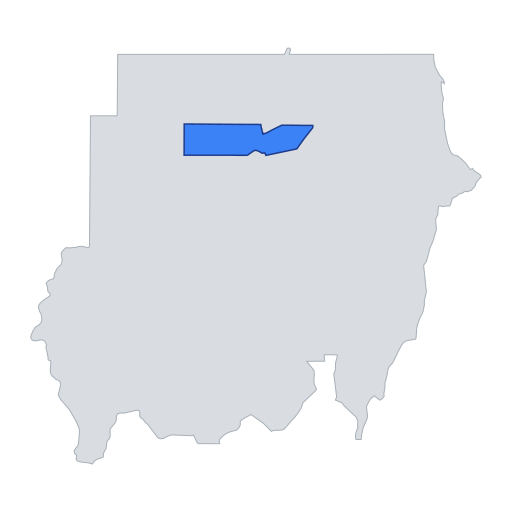 location of Dongola, Northern, Sudan
{"feature_id": "16777658B3318260280309", "entity_name": "Dongola", "entity_type": "district", "adm_level": 2, "iso_a3": "SDN", "parent_name": "Sudan", "parent_adm1": "Northern", "projection": "robinson", "projection_center": [30.297, 19.219], "detail": "fine", "context": "in_parent", "style": "filled", "palette": "blue", "viewbox_px": 512, "rotation_deg": 0, "n_neighbors": 0, "source": "geoboundaries", "source_scale": "gbopen_adm2", "svg_char_len": 4677}
<svg xmlns="http://www.w3.org/2000/svg" viewBox="0 0 512 512"><path d="M361.1,439.5L356.1,439.5L355.6,438.2L355.6,434.5L356.2,431.7L358.0,427.2L357.6,424.8L357.8,421.3L356.5,417.4L344.3,406.1L342.0,402.9L335.4,400.1L336.6,396.9L333.8,373.6L335.2,371.0L335.5,366.9L335.5,363.3L337.0,357.4L337.2,354.9L324.3,354.7L324.2,357.3L324.7,360.1L324.7,361.2L306.8,361.3L314.0,370.4L314.3,374.4L313.9,379.4L314.0,382.6L314.5,384.7L316.4,388.8L316.3,389.5L315.8,390.5L303.1,402.6L301.0,408.3L299.3,411.2L295.6,416.2L284.0,429.2L282.1,430.0L273.3,430.5L272.4,430.8L271.7,431.4L271.3,431.3L263.7,423.6L251.0,414.5L242.6,419.2L240.3,421.0L240.2,425.4L239.0,427.7L236.7,430.1L230.4,431.7L227.2,433.0L223.3,435.5L219.5,439.6L219.3,441.8L219.7,443.7L198.2,443.6L196.8,442.1L193.6,435.2L191.4,435.7L171.8,434.9L169.0,435.6L163.4,438.4L160.6,438.8L157.7,437.6L147.4,424.0L145.2,422.4L142.9,419.2L140.7,417.8L139.9,416.8L139.7,415.3L139.8,412.4L139.1,410.5L137.4,410.1L123.6,413.2L121.6,412.9L118.7,413.4L117.7,414.0L116.5,415.7L116.3,419.4L115.9,421.3L114.8,423.3L110.9,427.9L110.0,429.9L110.2,435.0L109.9,437.5L109.3,438.7L107.6,440.6L106.9,441.8L106.2,448.2L104.1,452.1L103.5,453.5L103.4,456.3L103.1,457.2L96.8,459.4L94.4,460.9L93.0,463.1L92.6,464.0L89.9,463.2L86.5,462.6L80.0,461.9L77.4,460.9L76.1,459.4L76.6,455.5L75.9,454.6L74.9,453.9L74.2,452.2L74.3,450.2L77.8,445.7L78.5,443.3L79.5,431.9L79.2,428.4L76.5,422.1L70.3,411.1L68.8,408.9L61.0,399.9L60.1,398.6L58.2,394.7L60.3,386.4L60.5,384.0L60.0,381.7L58.0,379.9L56.2,379.7L53.9,377.4L52.4,376.4L51.1,374.4L50.2,371.7L50.9,361.8L50.5,360.5L48.5,360.2L48.0,359.4L48.1,357.6L47.0,351.9L45.9,347.3L46.5,344.7L44.9,341.2L41.7,339.7L35.4,340.9L33.5,340.7L32.1,340.0L31.2,338.8L30.7,337.2L31.2,335.0L33.0,330.8L35.2,327.3L39.8,324.2L41.0,322.5L41.7,320.7L41.8,318.5L41.6,316.3L41.1,314.3L39.7,311.5L38.6,308.4L38.5,306.2L39.1,304.7L40.4,302.8L44.9,299.2L49.5,296.2L50.2,295.1L50.0,293.8L47.9,291.3L47.3,286.5L46.1,283.2L48.5,280.6L50.2,279.7L52.9,278.9L53.9,277.9L54.3,275.8L54.2,273.9L55.2,272.5L56.5,269.4L57.5,268.0L61.1,264.4L61.9,262.0L62.1,259.8L61.2,253.0L63.3,250.1L65.9,247.7L69.6,247.9L75.4,247.4L79.3,246.4L82.1,246.4L88.5,247.7L89.1,247.2L89.5,245.4L90.5,115.8L116.8,115.8L117.2,115.6L117.7,54.4L283.2,54.4L284.5,54.2L287.1,48.4L288.2,48.0L289.9,48.3L290.5,49.7L289.2,54.4L433.6,54.3L434.0,61.3L435.2,66.9L439.4,74.9L442.9,79.2L444.2,81.6L444.3,82.7L444.2,83.7L443.1,82.6L441.3,81.8L441.1,85.5L442.0,93.2L443.5,98.6L442.5,103.5L442.8,112.0L444.7,122.1L444.4,128.5L447.6,143.6L450.6,151.9L452.2,154.0L454.0,155.1L457.5,155.8L462.7,160.1L466.8,164.6L468.3,166.9L470.3,169.5L471.6,169.0L472.5,168.3L473.8,170.4L480.3,174.9L481.3,177.0L479.0,179.0L476.3,182.6L475.1,185.8L474.4,186.9L472.3,188.9L471.9,189.9L471.0,190.5L470.0,190.6L467.8,191.7L465.8,191.4L463.8,192.0L463.1,192.7L461.5,193.4L459.3,193.8L456.0,196.6L453.1,197.9L452.1,199.0L450.6,204.5L449.5,206.0L445.2,206.1L443.0,206.6L440.1,206.0L438.7,206.1L438.4,207.2L437.9,212.0L438.0,214.0L435.6,219.4L436.4,229.5L434.1,237.1L433.8,238.8L431.5,244.8L430.3,247.0L427.3,258.2L426.2,261.7L423.6,265.3L426.4,292.2L424.3,300.4L424.4,304.9L423.0,311.6L421.8,314.6L419.8,318.3L418.2,322.5L416.8,327.9L416.0,338.3L415.5,339.2L407.8,340.5L405.3,341.2L403.7,342.4L401.7,345.0L397.8,352.3L395.8,356.7L392.6,362.9L388.8,367.2L388.0,369.3L387.4,373.2L386.0,379.4L384.8,383.8L385.0,387.3L383.9,393.4L384.1,396.4L382.7,398.1L381.0,399.7L379.7,400.1L374.3,395.9L370.6,398.8L368.2,402.8L366.4,406.8L367.5,415.3L367.4,417.1L366.9,419.2L363.3,427.5L362.3,431.3L361.2,437.9L361.1,439.5Z" fill="#d9dde1" stroke="#a8b0b8" stroke-width="1"/><path d="M312.8,125.4L311.9,125.4L310.5,125.4L304.0,125.4L290.2,125.2L289.1,125.2L281.8,125.2L275.6,128.2L271.6,130.2L266.6,132.9L266.2,133.0L265.6,133.3L265.0,133.4L264.9,133.4L264.7,133.5L264.2,133.7L263.9,133.8L263.7,133.9L263.6,133.7L263.2,134.0L262.8,134.1L262.7,133.8L262.7,133.4L262.6,132.8L262.6,132.5L262.4,132.1L262.4,131.7L262.2,131.2L261.9,130.5L261.7,130.1L261.8,129.8L261.9,129.2L261.5,128.5L261.3,127.9L261.2,127.2L261.1,126.7L261.0,126.3L261.0,125.8L260.9,125.3L260.9,125.1L260.9,124.9L260.8,124.5L256.0,124.4L245.2,124.4L230.7,124.3L228.3,124.3L187.7,124.0L186.1,124.0L184.5,124.0L184.4,124.0L184.2,124.0L184.1,155.2L184.4,155.2L185.3,155.2L202.1,155.2L217.7,155.2L230.1,155.2L238.1,155.3L242.4,155.3L246.3,155.3L247.6,155.1L251.0,152.7L254.4,150.4L256.7,150.5L259.6,151.7L262.1,153.2L264.8,152.9L265.0,153.2L265.2,153.7L265.2,153.8L265.3,153.9L265.5,154.5L265.9,155.4L296.8,148.9L299.4,145.2L303.0,140.2L304.6,138.0L311.7,129.0L312.7,127.7L312.8,126.9L312.8,126.7L312.8,125.4L312.8,125.4Z" fill="#3b82f6" stroke="#1e3a8a" stroke-width="1.5"/></svg>